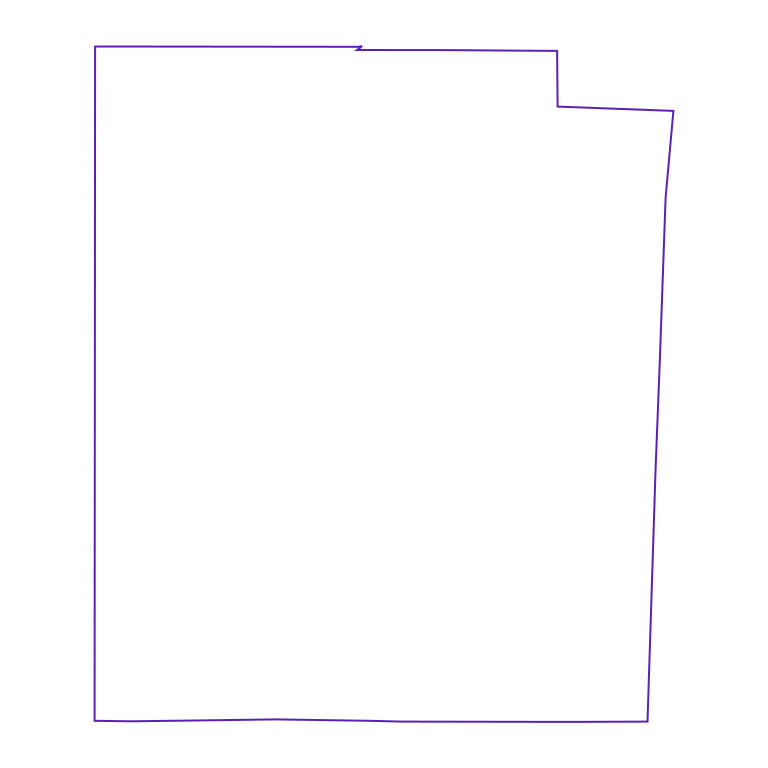 Allegany, New York, United States of America
{"feature_id": "52423323B99116494629117", "entity_name": "Allegany", "entity_type": "district", "adm_level": 2, "iso_a3": "USA", "parent_name": "United States of America", "parent_adm1": "New York", "projection": "equal_earth", "projection_center": [-77.96, 42.26], "detail": "fine", "context": "isolated", "style": "outline", "palette": "violet", "viewbox_px": 768, "rotation_deg": 0, "n_neighbors": 0, "source": "geoboundaries", "source_scale": "gbopen_adm2", "svg_char_len": 383}
<svg xmlns="http://www.w3.org/2000/svg" viewBox="0 0 768 768"><path d="M647.5,721.6L655.5,471.3L660.0,355.8L665.6,197.7L673.4,110.9L557.6,106.6L557.1,50.9L444.4,50.1L357.0,50.0L362.1,46.1L358.5,46.8L95.1,46.5L94.6,720.8L131.1,721.3L195.1,720.5L276.2,719.4L368.9,720.8L369.1,720.8L402.2,721.6L566.1,721.9L575.3,721.9L647.5,721.6Z" fill="none" stroke="#5b21b6" stroke-width="2"/></svg>